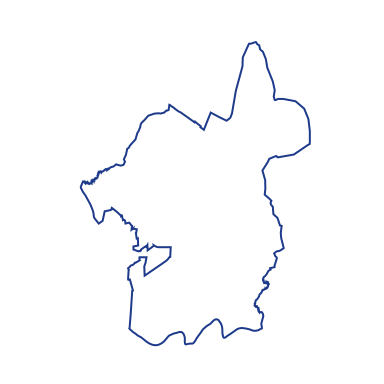 Kauguru pag., Beverinas, Latvia, rotated 277°
{"feature_id": "27541924B64274415007914", "entity_name": "Kauguru pag.", "entity_type": "district", "adm_level": 2, "iso_a3": "LVA", "parent_name": "Latvia", "parent_adm1": "Beverinas", "projection": "natural_earth1", "projection_center": [25.472, 57.49], "detail": "fine", "context": "isolated", "style": "outline", "palette": "blue", "viewbox_px": 384, "rotation_deg": 277, "n_neighbors": 0, "source": "geoboundaries", "source_scale": "gbopen_adm2", "svg_char_len": 5838}
<svg xmlns="http://www.w3.org/2000/svg" viewBox="0 0 384 384"><g transform="rotate(277 192 192)"><path d="M189.2,82.6L188.1,82.2L184.4,81.2L183.3,81.0L182.6,81.2L178.7,83.8L175.7,86.6L167.3,92.6L161.8,95.7L159.3,96.7L155.3,97.7L154.0,98.5L149.3,103.3L152.5,106.8L162.2,107.7L164.1,113.3L165.1,114.6L166.2,114.2L166.5,114.3L163.4,119.5L160.2,123.9L160.3,124.2L159.2,124.5L159.8,125.4L155.6,126.9L156.1,127.7L155.6,128.9L154.7,129.3L152.6,129.8L153.9,133.5L151.0,136.4L151.0,136.6L147.3,136.6L148.9,138.1L148.1,138.0L148.4,138.5L148.4,139.1L148.3,141.7L144.7,141.6L144.5,141.3L138.9,142.8L138.9,143.1L139.4,143.9L132.3,145.1L130.8,140.5L127.8,140.9L126.6,145.7L126.8,145.8L126.9,147.6L127.4,147.7L127.7,148.4L128.6,148.4L131.2,151.1L132.5,152.7L131.9,153.0L131.8,153.3L133.9,154.2L128.7,155.1L134.0,160.7L134.5,160.5L134.0,161.5L133.3,163.3L133.1,165.5L134.6,177.6L124.9,178.3L124.8,177.7L122.6,176.4L120.9,175.1L117.5,171.4L103.2,155.2L112.2,153.7L116.1,154.5L121.7,154.8L120.8,147.9L119.8,147.8L117.9,148.5L114.8,144.5L114.8,144.3L115.6,144.2L114.3,143.7L113.3,143.0L112.4,142.1L111.4,140.0L110.4,139.6L108.5,137.8L107.0,138.8L106.7,138.6L98.7,139.1L97.9,139.3L97.5,139.2L97.1,139.5L97.6,141.0L87.0,145.4L86.6,144.7L64.0,146.0L49.8,146.6L48.9,146.4L48.0,147.4L45.7,150.7L44.5,153.2L43.1,155.3L41.4,159.5L38.0,164.9L36.5,168.0L35.6,171.0L35.4,174.1L35.9,176.4L36.2,177.2L37.9,180.0L40.2,182.4L46.3,186.4L46.8,187.0L48.4,189.5L49.7,192.0L50.2,193.7L51.6,196.7L51.7,198.8L50.4,200.7L48.7,201.7L47.4,202.3L45.6,202.8L43.0,203.0L40.7,203.5L40.2,203.9L40.0,204.3L40.1,204.8L41.2,208.0L41.5,210.5L41.7,211.1L42.3,211.9L44.4,213.2L47.8,214.6L52.9,217.5L57.0,219.6L60.2,222.4L61.7,224.1L63.3,226.2L67.1,229.1L67.9,230.0L68.4,230.9L68.6,231.9L68.5,232.8L68.2,233.8L65.7,236.1L63.8,237.4L62.2,238.1L60.3,238.7L55.0,239.5L52.1,240.6L51.4,241.0L51.2,241.4L51.4,242.3L51.7,242.9L53.2,244.3L55.7,247.3L61.5,253.7L62.3,255.3L62.8,256.8L63.1,257.9L63.1,261.7L62.7,265.8L61.8,269.5L61.9,271.4L62.7,274.3L65.2,278.0L67.6,277.5L69.5,276.8L77.6,277.9L79.7,277.2L81.1,276.1L81.3,275.3L81.0,274.2L80.4,273.8L81.0,273.3L81.6,273.3L81.8,273.1L83.2,272.7L82.8,272.4L83.3,272.3L83.4,271.9L83.9,271.8L84.0,272.2L85.1,272.0L85.4,271.1L85.7,270.8L85.6,270.7L85.6,270.4L86.3,270.4L86.2,270.1L86.5,269.7L86.0,269.2L86.6,268.6L86.6,268.2L86.9,268.1L87.0,268.3L88.4,267.9L88.5,268.2L89.0,268.3L89.2,268.0L90.0,268.1L90.3,268.3L92.0,268.5L92.5,268.7L93.4,269.7L96.4,271.2L97.0,271.4L98.2,271.4L98.8,271.7L99.6,272.5L100.1,272.8L101.4,273.5L102.9,273.7L103.3,274.4L103.6,274.5L103.5,275.0L104.8,276.1L104.5,276.3L104.5,276.5L104.8,276.9L105.3,276.8L105.1,277.2L105.5,277.4L105.5,277.9L105.7,278.1L106.0,277.9L106.4,278.3L106.7,278.2L106.9,278.7L107.4,278.7L108.0,279.0L109.0,278.8L109.2,279.2L109.8,279.4L109.8,279.2L110.2,279.0L110.3,278.5L111.1,278.3L111.6,278.5L111.9,278.3L112.1,277.2L111.6,277.2L111.5,276.9L111.2,276.9L111.4,276.7L110.8,276.7L110.5,276.5L110.6,276.3L111.0,276.3L111.1,276.0L111.0,275.9L111.0,275.7L110.5,275.7L110.4,274.7L111.3,274.5L111.7,274.0L112.0,274.0L112.3,273.7L112.6,274.0L112.8,273.9L113.1,273.8L112.9,273.6L113.2,273.5L113.1,273.3L114.2,273.0L116.3,273.6L117.4,274.8L119.7,276.2L123.1,277.5L124.6,279.5L125.9,278.8L127.5,283.1L128.9,282.9L136.0,284.2L136.9,284.2L137.8,283.6L138.6,282.4L141.1,281.0L142.6,282.4L143.5,283.5L143.7,283.9L143.9,285.4L145.1,287.3L146.4,288.6L147.2,289.8L147.7,289.8L156.7,286.3L160.5,285.4L162.3,285.1L169.3,285.1L169.5,283.4L176.7,280.0L179.9,275.5L187.2,274.0L189.1,271.9L191.0,271.3L192.9,271.9L194.9,269.5L198.2,264.5L204.3,264.4L211.1,263.4L212.4,263.3L221.9,259.3L230.8,263.5L234.4,264.7L238.0,271.1L237.9,271.5L236.9,272.6L236.8,272.9L241.6,288.5L252.8,301.3L254.0,303.0L255.7,302.9L267.0,301.5L278.7,298.6L288.4,293.2L294.7,283.7L295.5,271.3L294.9,266.2L293.4,263.7L293.4,263.1L293.6,262.8L296.6,261.5L303.2,261.7L311.6,258.7L324.5,251.6L332.9,249.1L339.8,245.3L341.9,242.2L345.8,240.8L346.7,238.7L348.2,237.6L348.6,237.2L348.5,236.7L346.3,232.2L346.2,230.7L345.9,230.4L331.8,226.0L322.9,226.8L298.0,223.2L274.8,222.1L270.5,221.0L270.0,220.7L267.0,217.7L269.3,210.8L273.1,200.9L255.2,196.2L257.3,192.5L258.3,192.7L262.1,186.5L262.2,186.4L261.4,186.0L262.5,184.2L269.7,170.9L270.3,168.9L272.5,164.9L273.3,163.9L274.2,161.9L275.6,159.6L275.8,158.9L270.6,158.8L269.9,157.8L269.7,156.6L267.3,154.6L266.8,153.1L266.0,151.3L266.1,149.6L265.3,145.3L262.4,139.3L257.7,136.1L254.2,133.3L252.5,132.8L250.0,132.7L245.4,131.4L244.1,130.6L237.3,129.5L233.7,126.9L230.4,124.7L228.4,124.0L226.7,122.3L224.7,122.3L220.6,121.8L216.1,120.4L213.9,121.8L210.6,120.7L209.5,118.1L209.8,115.4L210.2,113.4L207.7,110.9L206.9,108.8L206.4,108.0L204.3,106.4L204.2,106.1L204.9,105.8L204.3,105.1L204.0,105.2L203.6,105.0L203.9,104.9L203.8,104.6L204.2,104.2L203.8,103.6L204.0,103.4L203.1,102.8L203.2,102.5L201.9,101.5L201.8,101.2L200.8,99.8L200.3,99.6L200.6,99.4L200.4,99.2L200.5,99.1L200.9,99.0L200.5,98.6L200.8,98.1L201.1,98.0L201.0,97.8L200.6,97.8L200.7,97.2L200.3,97.2L200.5,96.9L200.4,96.8L200.1,96.7L199.9,96.9L199.6,96.6L199.1,96.7L198.7,96.5L198.4,96.9L197.6,96.5L197.6,96.9L196.9,96.8L196.5,96.5L196.3,96.6L195.4,96.4L194.9,96.4L194.6,95.9L193.9,95.8L193.5,95.2L193.8,95.1L193.8,94.9L193.7,94.8L193.4,94.8L193.3,94.6L193.8,94.6L194.0,94.5L193.8,94.2L193.1,94.4L192.8,94.2L192.9,93.9L192.0,93.7L191.6,93.4L191.2,93.6L191.1,93.3L191.3,93.1L191.1,93.1L191.4,92.9L191.5,92.8L191.1,92.8L190.8,92.6L190.7,92.2L190.9,92.0L190.1,91.8L190.2,91.5L190.8,90.9L189.6,90.8L189.0,91.2L188.3,91.3L188.4,91.1L188.2,90.8L188.3,90.5L187.7,89.6L187.9,89.0L188.1,88.8L187.5,88.6L187.5,88.4L187.7,88.1L188.1,87.9L187.9,87.5L188.3,87.2L188.9,87.0L188.6,86.8L188.7,86.4L188.4,86.4L187.4,85.5L188.1,85.1L187.7,85.0L188.0,84.5L188.6,84.4L188.7,84.1L189.3,83.7L189.1,83.4L189.0,83.1L189.2,82.6Z" fill="none" stroke="#1e3a8a" stroke-width="2"/></g></svg>